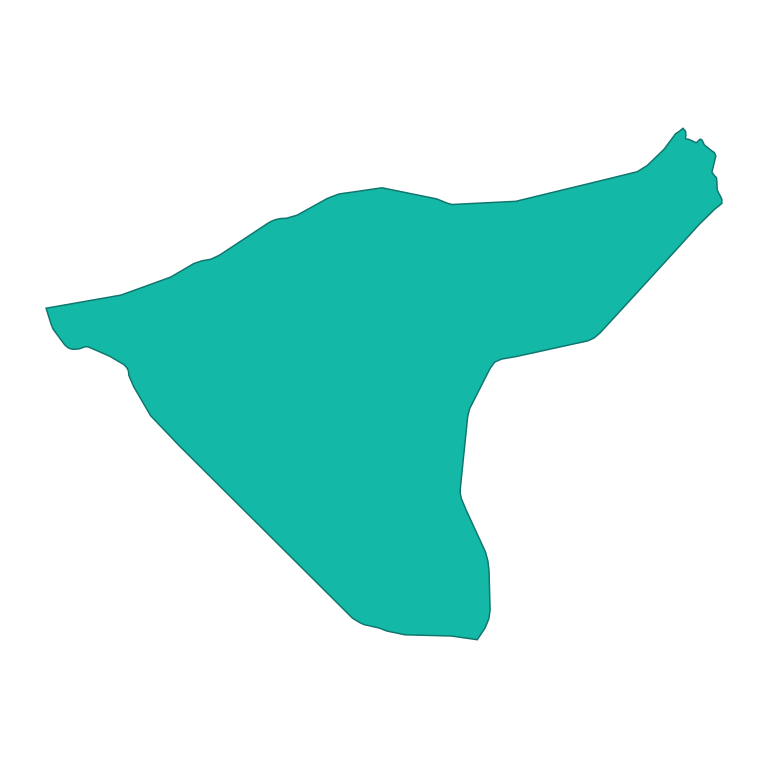 the Province of Hasaka (Al Haksa)
{"feature_id": "SYR-141", "entity_name": "Hasaka (Al Haksa)", "entity_type": "Province", "adm_level": 1, "iso_a3": "SYR", "parent_name": "Syria", "parent_adm1": "", "projection": "orthographic", "projection_center": [41.143, 36.439], "detail": "fine", "context": "isolated", "style": "filled", "palette": "teal", "viewbox_px": 768, "rotation_deg": 0, "n_neighbors": 0, "source": "natural_earth", "source_scale": "10m", "svg_char_len": 1473}
<svg xmlns="http://www.w3.org/2000/svg" viewBox="0 0 768 768"><path d="M683.0,128.3L685.6,131.4L685.9,134.8L685.6,137.6L685.8,138.9L689.0,139.4L696.0,142.7L697.2,142.0L698.7,140.4L700.2,139.2L701.6,139.6L702.6,141.1L703.8,143.9L704.8,145.4L712.7,151.6L714.3,152.4L715.8,156.1L711.9,172.2L714.6,175.8L716.4,177.6L716.9,181.6L717.2,189.8L718.7,193.1L720.4,196.1L721.8,199.3L721.9,203.4L721.8,203.5L714.8,209.1L700.3,223.3L700.2,223.3L676.8,249.1L631.2,299.0L600.4,332.5L594.3,337.8L588.0,340.8L516.4,356.5L501.4,359.1L494.6,362.2L490.0,368.6L469.6,408.8L467.7,416.5L460.3,488.7L460.3,493.5L461.3,498.5L467.2,512.5L467.3,512.5L485.4,551.8L487.9,561.0L489.0,570.5L490.1,610.0L488.8,619.0L485.2,627.7L477.3,639.7L477.2,639.7L451.0,636.0L405.0,634.8L387.1,631.1L378.7,627.9L364.3,624.7L359.9,622.7L352.5,618.2L179.2,445.7L150.6,415.7L133.7,386.7L128.8,375.3L128.5,371.6L128.2,370.5L127.9,369.6L126.4,367.2L123.9,364.6L109.6,356.2L88.5,347.0L87.4,346.8L86.3,346.7L85.2,346.8L84.3,347.0L80.6,348.4L78.7,348.9L74.4,349.3L72.0,349.1L69.6,348.5L67.7,347.5L64.6,344.7L53.2,329.3L51.2,324.5L46.1,308.2L120.9,295.1L170.6,277.1L193.7,263.6L202.0,260.8L210.6,259.3L219.3,255.3L235.8,244.4L266.4,224.2L271.0,221.4L275.9,219.5L280.9,218.5L286.2,218.3L296.8,215.3L327.6,198.3L338.9,194.0L382.0,187.8L436.7,198.9L447.0,203.1L452.0,204.5L515.9,201.3L611.3,178.1L637.2,171.7L647.1,165.6L664.2,149.1L675.6,133.7L678.8,131.7L683.0,128.3Z" fill="#14b8a6" stroke="#0f766e" stroke-width="1.5"/></svg>